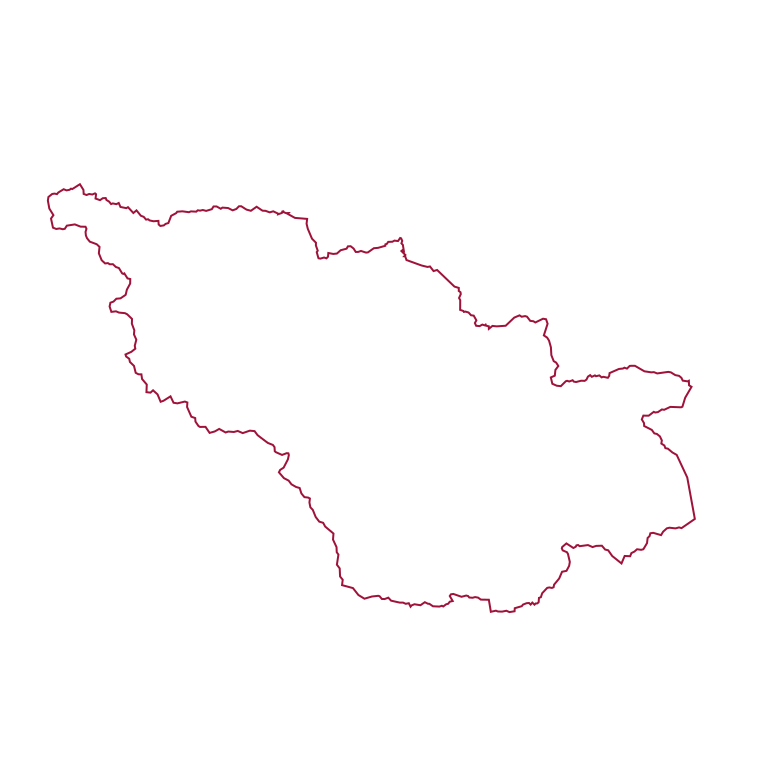 outline of Queenstown-Lakes District, Otago, New Zealand, rotated 261°
{"feature_id": "76426892B58919482239418", "entity_name": "Queenstown-Lakes District", "entity_type": "district", "adm_level": 2, "iso_a3": "NZL", "parent_name": "New Zealand", "parent_adm1": "Otago", "projection": "mercator", "projection_center": [168.951, -44.661], "detail": "fine", "context": "isolated", "style": "outline", "palette": "rose", "viewbox_px": 768, "rotation_deg": 261, "n_neighbors": 0, "source": "geoboundaries", "source_scale": "gbopen_adm2", "svg_char_len": 6150}
<svg xmlns="http://www.w3.org/2000/svg" viewBox="0 0 768 768"><g transform="rotate(261 384 384)"><path d="M208.8,311.4L200.8,310.5L197.1,312.6L191.9,311.1L187.3,321.4L179.6,325.7L175.0,331.1L176.0,338.8L175.7,345.2L175.1,346.4L172.0,348.3L171.5,351.0L172.3,354.8L168.9,357.1L165.6,365.4L165.1,368.6L163.5,371.1L163.6,374.2L159.9,375.4L161.0,376.6L161.7,379.6L159.8,385.4L162.1,390.2L160.1,393.0L159.8,394.4L156.8,397.6L155.5,403.9L155.9,406.5L155.0,407.7L156.7,410.9L156.9,413.0L158.7,414.9L158.9,417.9L164.3,415.8L165.8,417.2L165.8,419.6L161.7,427.3L162.2,432.1L161.4,433.9L159.8,434.8L159.0,438.1L159.3,440.6L158.3,443.5L155.9,445.9L154.5,453.8L142.3,453.9L142.6,459.1L141.5,460.9L140.7,465.0L140.9,469.4L139.1,472.2L139.1,477.4L142.1,478.1L143.0,485.3L144.4,486.8L145.2,490.6L145.0,493.0L143.2,494.3L144.9,496.3L142.5,498.1L143.5,499.4L143.3,501.1L144.3,502.6L148.5,503.6L148.9,505.6L152.6,507.5L157.1,513.3L157.2,515.5L156.3,517.9L156.7,519.7L159.2,520.6L164.5,526.6L170.7,530.5L170.9,535.0L175.4,538.4L179.2,539.7L187.5,539.1L189.3,538.3L191.7,534.5L193.8,533.9L195.1,534.5L198.0,539.2L192.4,545.4L193.3,548.0L194.5,548.8L194.6,550.5L193.2,551.9L193.0,560.3L190.3,564.5L190.9,568.2L190.2,573.9L185.9,576.5L184.7,579.4L178.4,582.5L169.6,590.5L176.5,594.8L175.4,600.2L178.3,601.9L179.3,605.1L181.2,608.1L180.0,612.0L180.2,614.3L185.7,618.9L190.7,620.3L192.2,622.5L194.9,623.7L194.9,626.6L191.4,634.0L194.5,636.6L197.2,640.8L197.4,643.5L195.8,649.3L196.2,653.0L195.1,655.3L202.1,669.9L244.2,668.9L268.2,662.0L271.3,658.1L275.7,654.3L276.6,651.9L279.4,651.3L281.8,648.6L284.8,649.6L289.1,648.3L292.0,645.7L292.9,643.3L296.8,641.3L301.8,634.4L304.7,634.7L308.7,633.1L312.2,635.2L311.3,640.5L314.3,646.1L313.4,647.4L313.4,650.2L315.4,654.5L314.7,656.7L316.6,663.2L314.5,673.8L314.9,675.2L323.3,679.3L333.1,687.3L335.0,685.1L339.5,685.6L339.1,684.3L340.6,679.6L343.6,678.7L345.9,676.7L347.2,673.1L350.6,669.2L351.5,666.7L351.7,655.5L353.5,652.4L353.7,649.8L355.8,643.2L362.7,634.7L363.3,631.2L363.4,629.5L361.2,626.4L362.5,624.0L361.9,622.5L362.1,618.4L359.5,608.5L356.8,607.7L355.1,606.1L356.8,601.7L356.5,600.0L358.8,598.0L358.5,594.6L359.5,593.7L358.6,590.4L360.5,589.0L359.4,586.6L356.7,584.7L355.7,582.7L356.4,579.3L355.9,574.0L356.7,571.8L358.2,570.9L357.5,567.3L358.5,565.4L358.3,564.0L354.2,558.3L355.3,554.3L357.9,550.3L364.4,549.8L365.5,554.0L371.1,555.5L374.5,559.0L378.2,557.4L380.0,555.2L386.3,553.8L394.1,554.6L401.0,553.8L404.3,552.4L407.0,549.5L417.9,555.0L422.6,554.2L423.6,551.3L421.1,543.1L422.6,541.4L423.5,538.3L428.1,535.8L429.0,534.0L428.9,530.5L430.6,528.6L429.2,523.0L422.5,513.3L423.3,504.3L424.4,500.2L422.1,496.2L424.6,496.5L425.6,494.0L426.7,493.7L426.1,492.8L427.3,490.4L426.2,487.5L427.1,484.1L430.0,483.3L432.4,485.2L437.5,483.3L438.3,480.7L441.4,478.7L442.8,475.7L442.7,474.2L443.7,473.8L445.3,470.8L454.9,472.4L457.2,471.6L460.8,473.9L462.7,473.9L464.2,472.4L467.2,472.9L469.2,468.8L488.3,454.3L487.8,450.6L492.9,447.8L492.8,445.3L495.2,439.6L502.9,425.6L506.8,424.9L507.0,424.0L508.1,425.3L512.6,422.0L513.4,423.3L512.4,424.4L518.4,424.4L520.2,423.2L522.5,424.4L525.2,423.7L525.7,422.8L523.0,420.2L524.0,416.7L523.2,414.6L523.7,410.4L522.0,408.8L521.7,407.2L520.3,406.9L519.4,399.4L519.7,395.2L516.5,388.7L516.6,386.8L519.0,382.1L518.5,379.2L518.9,376.7L522.5,375.2L525.3,372.6L525.6,369.9L523.5,368.2L522.9,362.1L520.2,357.9L520.4,354.2L522.1,349.5L518.5,348.6L517.1,346.8L518.3,344.6L517.8,340.9L518.4,339.0L519.4,338.8L524.8,338.2L526.0,339.4L531.5,338.4L534.2,338.9L538.8,335.6L549.3,333.0L554.4,332.6L559.1,333.9L562.0,322.0L567.1,315.5L567.8,316.4L568.1,314.0L569.4,311.8L570.3,311.6L570.3,310.6L568.9,309.9L568.2,305.9L568.8,306.1L571.9,301.6L571.4,298.0L573.6,294.0L574.2,291.1L579.0,285.9L575.9,279.6L577.8,275.4L581.9,270.8L582.2,268.5L580.0,265.6L579.2,261.7L582.2,257.5L583.5,252.0L582.6,250.2L585.5,246.5L586.0,243.4L583.6,241.3L582.8,235.4L584.2,232.3L584.0,229.5L584.7,227.2L583.6,225.5L584.7,220.3L584.2,218.2L586.1,211.9L586.5,206.7L585.3,205.5L583.4,200.1L576.7,196.2L576.3,193.3L575.1,191.4L575.1,187.8L576.8,186.4L580.4,186.7L580.8,181.8L582.2,178.1L583.6,176.8L583.6,174.7L586.7,172.8L588.2,170.2L594.2,166.7L592.1,163.2L598.7,158.8L598.0,157.0L600.1,151.4L604.3,150.3L603.5,147.8L604.8,144.3L604.4,142.6L607.2,141.0L609.1,138.7L611.2,138.2L611.5,135.3L610.0,132.3L612.3,128.1L616.5,129.3L617.5,128.4L616.8,125.5L617.8,122.5L617.2,119.8L618.7,117.1L622.7,117.5L628.9,114.9L625.3,106.6L625.9,105.4L625.0,103.8L624.9,100.7L626.5,98.1L624.1,92.3L622.7,90.7L623.6,88.4L623.6,86.0L621.2,81.8L617.7,80.7L609.6,80.9L602.5,83.9L599.5,81.0L590.2,81.5L588.4,84.5L588.4,87.9L587.1,91.0L587.2,93.0L590.0,95.5L590.0,103.6L586.9,108.9L586.0,113.8L583.8,114.4L580.9,113.0L577.3,112.8L574.4,113.5L570.6,115.7L567.0,122.1L563.9,124.5L557.7,122.8L550.4,124.5L546.7,127.4L546.6,130.2L545.2,131.8L544.7,135.0L541.5,137.5L540.0,140.3L534.2,142.7L533.5,143.8L533.9,144.8L528.4,147.2L527.4,149.8L522.9,149.0L517.4,144.8L512.5,142.8L509.8,137.1L510.1,133.0L507.7,129.7L507.1,126.5L503.5,125.1L497.9,126.0L497.7,130.7L496.0,133.4L494.5,139.2L493.1,141.2L487.7,145.3L483.0,144.4L476.1,145.8L472.1,144.8L466.5,146.3L460.7,143.8L457.8,143.9L455.3,139.5L453.6,133.3L451.5,133.6L448.8,136.3L445.5,136.5L441.0,139.9L433.9,140.5L432.0,143.0L431.5,145.9L426.8,145.8L420.6,149.6L413.1,148.1L412.0,152.0L413.9,154.9L409.2,158.7L401.4,160.6L401.9,163.5L405.2,171.2L398.4,173.2L397.2,176.9L397.8,184.6L396.5,186.9L392.1,185.9L381.8,188.6L379.9,192.2L376.4,191.9L371.5,194.2L370.4,195.5L369.6,201.0L363.0,204.1L363.6,209.4L365.4,214.2L360.9,220.0L361.4,222.7L360.1,228.2L360.5,232.2L357.6,236.8L358.9,244.2L357.7,248.8L353.3,251.1L349.8,254.4L344.0,260.0L341.2,264.7L338.8,266.0L334.7,265.6L333.6,266.5L329.9,272.2L330.9,277.1L330.5,278.7L328.7,278.9L324.6,277.3L317.1,271.8L315.4,268.0L313.2,266.4L306.7,270.4L303.5,274.7L299.4,276.9L296.0,281.1L294.5,284.4L288.8,285.3L284.7,287.7L283.7,291.3L282.5,292.9L278.6,291.8L273.7,292.0L270.8,294.0L263.4,295.7L258.2,298.5L256.4,302.2L252.4,303.6L244.2,310.7L238.3,309.3L230.3,311.6L225.3,311.0L222.6,312.3L212.9,309.2L208.8,311.4Z" fill="none" stroke="#9f1239" stroke-width="2"/></g></svg>